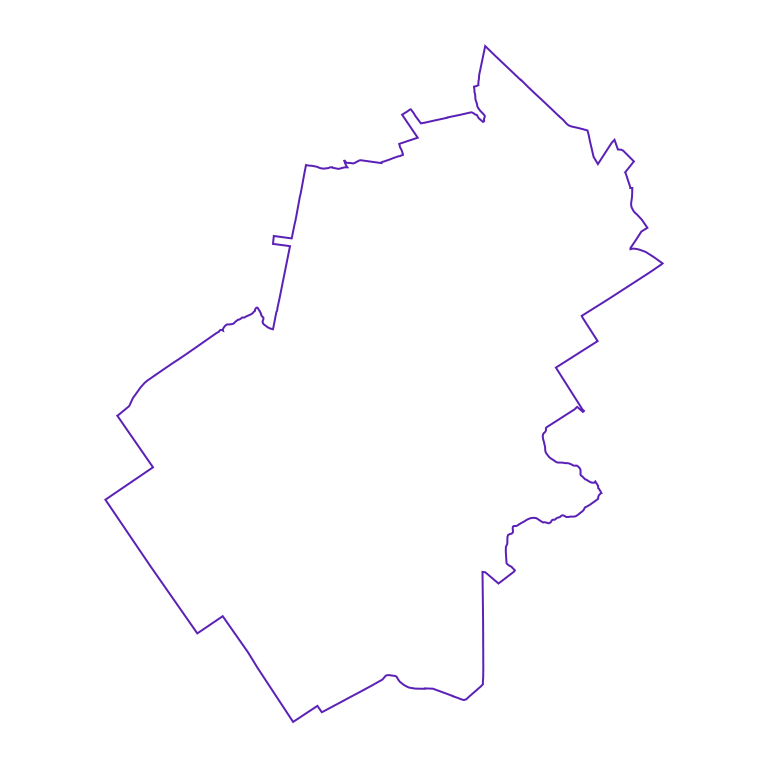 Draganesti-Vlasca, Teleorman, Romania
{"feature_id": "2599482B67240297186090", "entity_name": "Draganesti-Vlasca", "entity_type": "district", "adm_level": 2, "iso_a3": "ROU", "parent_name": "Romania", "parent_adm1": "Teleorman", "projection": "albers", "projection_center": [25.585, 44.073], "detail": "fine", "context": "isolated", "style": "outline", "palette": "violet", "viewbox_px": 768, "rotation_deg": 0, "n_neighbors": 0, "source": "geoboundaries", "source_scale": "gbopen_adm2", "svg_char_len": 6103}
<svg xmlns="http://www.w3.org/2000/svg" viewBox="0 0 768 768"><path d="M464.3,700.0L465.1,699.6L466.3,699.3L468.9,696.8L480.4,686.8L482.9,684.3L482.9,681.5L483.2,676.9L483.3,667.0L483.1,622.3L482.5,571.9L485.3,572.3L498.5,583.5L513.8,571.8L514.9,570.4L512.3,567.7L511.5,566.8L509.2,565.6L507.6,564.4L506.6,563.3L506.4,561.2L505.9,553.2L505.8,551.5L505.9,546.9L506.8,544.9L507.3,543.6L507.4,541.9L507.3,540.5L507.5,536.6L508.1,535.0L509.7,534.1L511.5,533.7L512.5,532.9L513.0,531.9L512.7,528.2L512.9,526.7L514.1,526.0L516.2,526.0L517.0,525.7L520.6,523.4L523.8,521.7L527.3,519.5L530.2,518.3L532.1,517.9L534.4,517.9L535.9,518.0L537.2,518.7L540.5,520.9L543.1,522.5L544.0,522.2L545.2,522.3L546.4,522.6L547.2,522.9L548.7,523.3L550.1,522.7L551.0,521.9L551.5,520.9L552.1,520.1L553.1,519.7L554.1,519.8L554.9,519.6L556.6,518.2L557.3,517.8L559.5,517.2L560.1,516.9L561.2,515.9L562.0,515.4L562.9,515.3L563.8,515.6L566.1,516.9L566.8,517.0L569.5,516.9L570.2,516.6L573.8,516.6L575.2,516.4L576.5,515.8L578.3,514.5L582.2,511.4L583.1,510.6L583.8,509.7L584.9,507.5L587.8,506.0L590.0,504.7L595.6,500.7L598.1,498.8L598.3,496.7L598.6,495.9L599.0,495.2L599.9,494.2L601.0,493.1L601.4,493.0L600.0,490.5L599.7,490.2L599.0,488.8L598.3,488.3L598.1,487.2L598.1,486.5L598.2,486.1L595.3,481.4L595.2,481.5L595.2,482.2L594.9,482.6L594.3,482.7L592.1,482.7L590.2,482.1L586.3,479.7L585.1,479.3L582.6,476.7L581.3,475.7L580.9,475.4L580.7,474.9L580.4,474.1L580.6,473.4L580.5,470.7L580.5,470.1L580.2,469.1L579.9,468.5L579.2,467.6L577.3,465.8L576.4,465.6L575.0,465.7L573.8,465.6L573.1,465.4L571.6,464.5L570.2,463.9L568.6,463.3L566.6,463.1L565.0,463.1L562.2,462.6L559.5,462.6L557.6,462.5L556.9,462.3L556.2,462.0L552.9,459.7L551.2,458.7L549.5,457.4L548.3,456.0L546.4,453.5L545.6,452.0L545.2,450.0L545.1,446.9L544.6,445.0L544.5,444.5L543.8,441.4L543.2,439.6L542.9,437.9L542.9,437.3L542.7,436.5L542.9,435.7L542.9,434.9L543.3,433.8L543.8,433.1L544.5,432.6L545.0,432.1L545.7,431.0L546.0,430.1L545.9,428.4L546.2,427.6L548.7,425.9L565.9,414.9L566.8,414.3L574.8,409.2L576.6,407.3L577.1,406.9L578.0,407.6L582.9,411.9L583.5,411.5L584.0,410.9L582.6,409.7L555.9,367.6L597.6,341.1L582.6,317.7L581.7,315.9L607.8,299.5L649.4,272.6L661.0,264.7L662.6,263.4L653.5,256.9L645.8,252.0L642.4,250.7L639.2,249.6L636.7,249.0L633.8,248.6L631.9,248.8L630.5,249.2L630.5,248.0L635.2,241.1L641.4,231.5L647.4,227.8L641.9,219.8L636.9,214.4L635.5,213.2L634.5,212.3L633.7,211.2L632.9,209.9L631.8,207.7L631.4,206.6L631.1,204.3L631.1,203.4L631.9,197.8L632.1,195.4L632.2,192.9L632.2,191.0L632.3,188.0L630.2,187.9L630.3,187.3L625.4,172.4L625.2,172.3L633.9,161.4L623.0,150.5L621.1,149.7L617.9,149.5L614.5,139.8L611.7,142.8L597.9,164.1L593.6,156.9L589.9,141.0L588.7,135.0L587.5,130.5L582.7,129.1L577.0,127.7L571.5,126.5L569.6,125.8L568.4,125.2L566.5,123.6L563.0,119.7L560.0,117.1L559.4,116.4L559.3,116.5L551.6,109.1L542.3,100.3L535.7,94.2L528.0,86.9L520.9,79.8L520.7,80.0L520.5,79.8L495.3,55.9L485.2,46.1L479.1,75.3L479.1,76.6L479.0,77.8L478.9,79.0L478.5,81.0L478.4,82.7L478.3,84.4L478.4,85.2L475.7,86.3L474.0,86.6L474.1,87.4L474.4,89.6L474.4,91.6L475.0,93.9L475.1,94.4L475.3,96.3L475.4,99.1L475.7,100.2L475.9,100.7L477.0,104.0L477.2,105.8L477.4,106.4L478.1,107.9L480.3,110.9L483.2,113.8L484.1,114.9L484.8,116.0L484.8,116.4L484.7,117.1L483.9,119.1L483.9,119.6L484.2,120.6L484.2,120.9L483.8,121.5L483.3,121.8L483.0,121.9L478.8,118.3L477.9,116.9L476.9,115.0L475.2,114.5L473.6,113.3L472.4,112.6L471.2,112.3L459.4,115.0L447.5,117.4L447.5,117.7L433.1,120.8L425.1,122.6L420.9,123.4L416.5,117.5L415.3,115.9L413.6,113.0L410.8,109.3L409.9,109.6L406.8,111.8L402.1,114.7L417.7,137.7L399.2,143.9L400.1,147.4L401.5,149.9L402.9,154.1L403.0,154.8L402.7,155.1L401.3,155.4L399.9,156.1L398.5,156.3L397.8,156.5L395.9,157.2L394.0,157.8L389.4,159.6L385.1,161.1L382.1,162.0L381.6,162.3L381.5,162.5L381.5,163.1L360.5,160.2L360.0,160.3L359.0,160.6L354.9,162.8L353.5,163.4L352.9,163.4L350.5,163.0L346.6,162.8L346.1,162.4L345.6,162.0L344.8,160.7L344.3,160.8L345.2,163.4L345.8,164.8L346.4,166.1L347.3,167.3L345.2,167.3L344.4,167.4L342.5,167.9L341.5,168.1L340.4,168.5L338.3,168.9L332.5,167.7L332.2,167.2L331.4,167.4L330.7,167.3L330.2,167.3L329.6,167.5L328.6,168.0L327.8,168.2L326.9,168.2L326.3,168.4L325.2,168.4L324.3,168.6L323.1,168.6L320.5,168.2L318.2,167.4L317.8,167.0L317.4,166.9L315.6,166.5L311.9,165.8L309.0,165.6L307.0,165.3L306.0,165.0L304.2,174.3L301.4,189.6L300.7,193.3L299.8,196.9L299.3,199.9L295.6,219.9L294.5,224.6L291.7,238.4L273.8,236.0L273.0,243.9L286.8,245.7L290.0,246.2L279.5,298.5L277.5,307.7L277.2,310.1L276.9,311.1L276.4,311.9L276.3,312.3L274.3,322.7L273.3,327.9L272.9,329.3L271.4,328.8L270.2,328.6L269.2,327.9L267.9,327.5L266.6,326.4L264.1,324.6L263.2,323.7L263.0,323.4L262.9,322.5L262.5,321.8L262.5,321.6L263.4,319.1L263.4,317.6L263.3,317.4L262.3,316.7L261.4,315.5L261.3,314.8L261.0,314.5L261.0,313.9L260.8,313.5L260.7,313.0L260.4,312.5L260.0,311.7L259.8,311.5L259.6,310.8L259.1,310.2L258.2,308.9L257.9,308.2L257.4,307.7L256.7,307.6L255.9,308.2L255.4,308.9L255.0,309.9L255.0,310.6L254.9,311.0L254.0,311.6L252.7,313.1L252.0,313.7L251.0,314.3L246.1,316.5L244.2,317.6L242.7,317.5L242.1,317.5L240.5,318.9L238.8,319.7L238.6,319.8L238.2,319.7L237.7,319.8L236.7,320.8L235.4,321.7L233.9,323.3L233.3,323.7L231.7,324.1L230.6,324.3L228.6,324.5L227.3,324.4L226.7,324.6L225.0,325.9L223.7,327.7L223.3,328.4L222.9,329.3L222.8,329.8L223.0,330.6L222.1,330.1L221.4,329.9L220.5,330.0L219.9,330.3L219.5,330.7L219.3,331.3L218.8,331.8L216.4,333.1L190.2,351.4L182.5,356.7L171.6,363.9L156.7,374.1L147.2,380.7L144.7,382.8L140.8,387.1L132.9,398.1L129.2,406.1L118.3,415.1L117.3,415.7L153.0,467.3L105.4,499.7L150.1,565.7L197.3,633.4L222.7,616.2L248.0,652.3L257.5,667.8L293.1,721.9L317.4,705.9L321.8,712.2L322.9,711.7L369.7,686.7L382.4,679.6L385.6,675.9L386.4,675.4L387.4,675.2L388.6,675.1L390.1,675.2L390.7,675.4L394.7,675.9L395.9,676.3L396.4,676.6L396.8,677.1L398.3,679.7L398.9,680.5L399.8,681.7L403.4,684.6L405.3,685.8L408.3,687.3L409.7,687.7L415.1,688.6L424.8,688.8L424.8,688.4L432.9,688.7L452.8,696.0L452.7,696.2L457.7,697.9L461.2,699.3L463.8,700.0L464.3,700.0Z" fill="none" stroke="#5b21b6" stroke-width="2"/></svg>